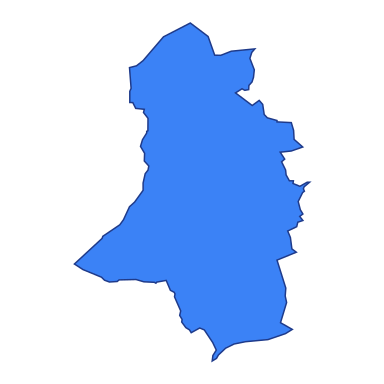 the district of Tallaght South Lea-5, South Dublin, Ireland
{"feature_id": "5873133B83061459918127", "entity_name": "Tallaght South Lea-5", "entity_type": "district", "adm_level": 2, "iso_a3": "IRL", "parent_name": "Ireland", "parent_adm1": "South Dublin", "projection": "natural_earth1", "projection_center": [-6.402, 53.257], "detail": "fine", "context": "isolated", "style": "filled", "palette": "blue", "viewbox_px": 384, "rotation_deg": 0, "n_neighbors": 0, "source": "geoboundaries", "source_scale": "gbopen_adm2", "svg_char_len": 1643}
<svg xmlns="http://www.w3.org/2000/svg" viewBox="0 0 384 384"><path d="M190.3,23.0L163.5,36.8L143.1,60.6L136.5,65.8L129.5,67.6L131.1,88.4L129.8,91.3L129.8,102.5L132.8,102.6L135.7,108.4L144.3,109.3L143.5,112.5L148.0,118.3L147.9,130.8L146.7,131.3L146.7,133.0L142.5,139.7L140.5,146.4L144.6,153.3L144.3,161.0L148.8,166.0L148.0,170.1L145.2,173.7L143.1,183.0L143.1,190.3L134.6,202.1L129.5,206.7L123.5,219.7L119.8,224.8L102.8,236.3L102.1,238.4L74.4,264.0L83.0,269.6L101.5,277.2L104.5,280.2L109.4,282.0L117.2,281.5L119.1,279.9L136.0,279.5L143.8,281.8L154.3,282.3L155.9,283.2L156.8,282.1L166.2,280.4L170.4,290.3L174.2,292.3L175.0,293.9L174.5,296.8L180.7,310.9L179.7,315.4L182.1,319.5L181.7,322.0L185.8,327.6L189.5,329.9L191.2,332.7L199.7,328.0L204.3,329.9L212.7,342.5L216.3,350.1L212.9,355.5L212.2,361.0L216.5,358.4L218.4,355.0L225.6,348.2L234.1,344.0L245.5,341.7L268.0,339.6L285.5,333.6L292.3,329.4L280.5,322.7L286.6,302.5L285.2,296.0L285.8,288.1L277.0,260.1L296.3,252.2L291.9,248.9L290.4,237.5L287.7,231.0L296.7,226.7L297.8,222.2L302.9,220.5L299.7,216.4L302.9,214.0L300.3,209.7L298.2,201.5L302.6,192.6L304.4,191.2L303.4,188.9L304.1,186.8L309.6,182.2L307.2,182.2L299.9,186.3L293.0,183.5L293.4,180.8L289.4,180.8L286.1,174.9L285.6,170.0L281.6,161.8L284.7,159.1L280.2,152.2L291.3,151.0L302.7,147.0L294.1,139.4L293.6,130.4L291.3,122.6L277.0,121.9L277.0,120.5L267.3,117.8L264.2,114.5L262.7,104.4L259.2,100.4L252.2,105.5L235.5,92.9L242.0,88.8L244.8,90.3L248.7,89.6L248.9,85.4L252.0,82.0L253.5,77.3L254.3,69.8L249.9,58.4L251.8,52.4L254.8,48.9L231.3,51.2L220.8,55.3L214.7,55.2L208.1,36.5L190.3,23.0Z" fill="#3b82f6" stroke="#1e3a8a" stroke-width="1.5"/></svg>